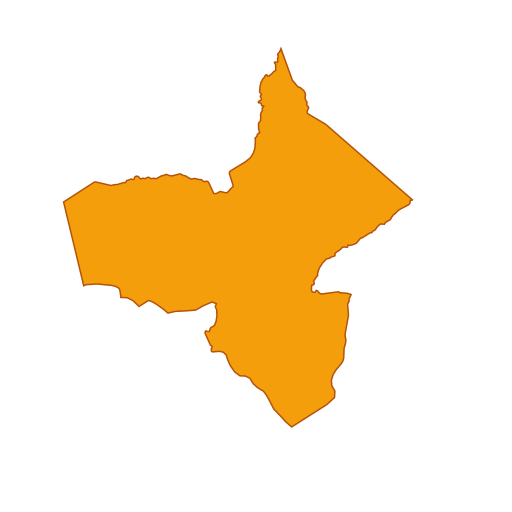 the border of Moyen-Chari, rotated 329°
{"feature_id": "TCD-5583", "entity_name": "Moyen-Chari", "entity_type": "Prefecture", "adm_level": 1, "iso_a3": "TCD", "parent_name": "Chad", "parent_adm1": "", "projection": "albers", "projection_center": [18.828, 9.32], "detail": "fine", "context": "isolated", "style": "filled", "palette": "amber", "viewbox_px": 512, "rotation_deg": 329, "n_neighbors": 0, "source": "natural_earth", "source_scale": "10m", "svg_char_len": 5326}
<svg xmlns="http://www.w3.org/2000/svg" viewBox="0 0 512 512"><g transform="rotate(329 256 256)"><path d="M419.0,288.5L418.6,288.6L416.8,287.8L415.2,290.0L413.6,290.7L403.1,290.1L400.5,290.4L397.2,291.3L395.7,291.4L394.7,291.6L391.6,292.9L391.0,293.5L389.9,294.0L384.4,293.9L382.4,294.9L379.0,292.6L375.2,293.4L371.5,295.0L368.7,294.9L367.5,295.6L366.8,295.5L366.3,295.1L365.6,294.9L356.0,295.1L354.9,294.5L350.1,296.3L348.4,296.7L346.3,296.5L343.9,295.9L341.8,295.1L340.3,294.1L339.2,295.5L337.9,295.1L336.6,293.9L335.1,293.1L333.9,293.2L331.3,293.9L326.2,294.2L324.6,294.8L324.0,296.3L323.3,296.5L319.9,295.6L318.9,295.8L318.0,295.8L314.7,294.8L309.7,296.2L304.8,298.6L302.0,300.6L300.2,302.3L299.4,303.2L299.1,304.1L298.6,304.6L296.1,305.4L294.1,306.5L293.1,306.7L292.4,307.2L292.2,308.5L291.8,309.6L290.9,310.2L289.7,310.2L288.6,309.7L285.8,314.0L285.8,315.9L287.9,317.6L289.9,316.5L290.8,317.7L291.1,319.8L291.7,321.5L293.2,322.6L308.2,329.1L309.4,331.1L311.3,332.3L315.2,335.1L317.7,338.0L313.6,340.8L312.4,342.8L311.2,343.5L309.8,344.3L304.7,354.5L292.1,368.9L290.9,371.3L289.7,374.4L288.0,376.7L283.9,380.6L278.6,388.7L275.9,391.1L273.7,392.2L266.3,394.7L261.0,397.4L256.7,401.2L254.2,406.1L254.1,412.3L250.5,417.7L240.3,419.8L198.5,420.9L196.1,413.5L194.3,404.4L192.4,396.5L192.9,389.4L193.3,380.6L192.7,375.6L189.6,369.8L187.9,364.3L187.7,357.5L185.1,353.5L180.5,350.4L178.1,344.7L177.5,336.8L178.4,329.5L179.5,325.8L178.4,321.6L175.7,319.0L171.2,316.7L169.2,315.7L168.8,314.4L169.4,313.4L170.1,312.2L170.8,312.0L171.8,311.3L171.8,310.5L171.6,309.9L171.0,309.2L172.6,295.7L173.9,294.4L174.7,294.5L175.4,295.6L177.2,296.7L179.5,294.5L180.9,294.0L182.6,294.3L184.7,294.0L188.2,291.4L191.8,287.0L194.5,282.1L195.0,278.3L196.0,277.7L197.5,276.4L194.5,272.8L186.5,271.6L176.2,271.2L167.8,267.0L158.3,261.9L151.1,259.6L149.6,254.9L146.2,246.8L143.5,241.8L140.9,238.7L129.8,239.0L127.6,230.9L124.2,225.5L118.8,221.9L119.2,221.3L121.7,215.1L121.9,213.5L121.6,212.3L119.8,209.6L117.2,206.9L105.2,198.0L96.0,193.3L95.3,193.0L94.4,192.8L93.0,192.8L118.9,110.6L155.5,109.4L156.4,109.8L157.3,110.5L167.7,120.6L168.5,121.1L169.3,121.3L170.7,121.7L171.9,122.2L173.6,123.2L174.3,123.5L176.2,123.8L179.2,124.7L180.3,124.9L180.9,125.2L181.4,125.6L181.9,125.9L182.5,125.8L183.6,124.9L184.2,124.7L184.9,125.0L185.8,125.3L188.3,125.6L189.0,126.1L189.8,127.1L190.4,127.4L191.0,127.3L191.7,126.8L192.2,126.3L192.7,125.9L193.4,125.7L194.5,126.0L195.2,126.3L195.7,126.8L196.1,127.4L196.2,128.1L196.4,129.5L196.7,130.2L197.2,130.6L198.0,130.8L199.0,131.0L199.6,131.5L200.4,132.4L201.2,132.6L203.6,132.8L204.4,133.1L204.8,133.5L205.3,134.8L205.6,135.3L206.1,135.7L208.6,136.8L209.1,137.4L209.6,137.9L210.1,138.2L210.9,138.4L216.0,138.6L218.6,139.4L219.9,139.5L220.8,139.7L221.4,140.1L222.9,142.1L223.7,143.0L224.7,143.7L225.9,144.3L232.7,146.3L233.2,146.6L233.7,147.0L234.0,147.5L234.9,149.2L235.8,150.1L236.7,150.9L237.1,151.4L237.9,153.1L239.6,156.0L240.3,156.8L240.9,157.1L241.6,157.3L242.3,157.5L243.0,157.7L243.5,158.1L246.1,160.7L246.6,161.1L248.2,162.2L248.6,162.6L248.9,163.3L249.2,164.6L249.5,165.2L250.0,165.6L250.6,165.9L251.9,166.3L252.5,166.7L252.9,167.1L253.1,167.7L253.2,168.4L253.2,169.5L252.0,180.5L252.1,180.8L252.3,181.1L252.7,181.3L253.9,181.9L254.7,182.1L255.6,182.2L257.0,182.1L258.0,182.2L258.7,182.4L259.2,182.8L261.8,185.5L263.3,186.6L264.2,186.7L265.6,186.5L268.2,185.5L271.6,184.8L272.4,184.4L272.8,183.4L275.6,171.7L276.4,170.4L277.9,169.9L295.0,169.8L301.9,168.9L306.7,166.4L308.2,165.2L310.1,163.5L312.0,161.1L313.6,158.6L314.3,157.7L315.2,156.2L315.7,155.0L316.0,154.5L316.4,154.2L317.0,154.3L317.6,154.2L318.4,153.8L319.7,152.6L320.7,152.2L321.4,152.1L321.8,152.4L322.1,152.4L322.5,152.3L323.1,150.8L323.6,148.6L325.8,144.6L326.2,144.0L326.8,143.4L328.0,142.9L328.9,142.6L329.6,142.3L330.1,141.8L330.5,140.8L331.5,139.7L332.1,138.3L332.6,137.4L333.2,136.6L334.0,135.9L335.6,135.0L336.4,134.4L337.0,133.7L337.2,132.9L337.4,132.4L338.2,132.1L338.9,132.1L339.5,131.9L339.8,131.6L339.5,131.0L338.4,130.2L338.3,129.8L338.5,129.1L338.8,128.4L338.8,127.6L338.6,127.1L338.1,126.7L337.5,126.4L337.2,125.9L337.2,125.4L337.6,124.9L338.7,124.8L340.3,124.9L341.0,124.7L341.5,124.3L341.9,123.5L341.9,122.8L341.8,122.1L341.8,121.5L342.1,121.1L342.7,120.7L343.5,120.6L344.0,120.2L344.0,119.4L343.5,118.2L343.6,117.4L344.1,116.4L345.4,114.9L345.9,113.9L347.3,112.2L349.3,110.1L350.1,109.4L351.2,109.0L352.3,108.1L353.2,107.7L354.5,107.4L355.4,107.0L356.5,106.3L357.2,105.9L358.1,106.0L358.4,106.1L358.6,106.2L358.7,106.7L358.6,107.3L358.6,107.9L359.1,108.3L360.0,108.4L361.8,108.1L363.1,108.0L366.1,107.1L367.1,107.2L367.9,107.1L368.7,106.8L371.5,101.8L371.5,101.1L371.3,100.4L371.3,99.9L371.6,99.5L372.6,99.6L373.1,100.0L373.5,100.6L373.9,101.0L374.4,100.9L375.0,100.5L375.8,98.5L376.3,97.8L376.9,97.2L377.9,96.5L378.2,95.7L378.1,95.1L378.2,94.6L378.7,94.0L381.9,92.9L384.2,91.1L377.7,124.0L379.0,132.5L380.6,134.3L381.8,137.7L382.2,139.5L382.1,141.0L381.7,142.4L381.4,143.3L381.0,143.9L380.1,144.8L379.8,145.3L379.5,146.0L378.9,147.8L378.8,148.7L379.0,149.9L378.8,150.7L378.2,151.3L377.5,152.1L377.3,153.0L377.4,153.9L377.7,155.1L377.6,155.9L377.2,156.4L375.0,157.7L374.6,158.1L374.2,158.6L373.8,159.2L373.6,160.1L374.1,161.5L383.5,178.8L419.0,288.5L419.0,288.5Z" fill="#f59e0b" stroke="#b45309" stroke-width="1.5"/></g></svg>